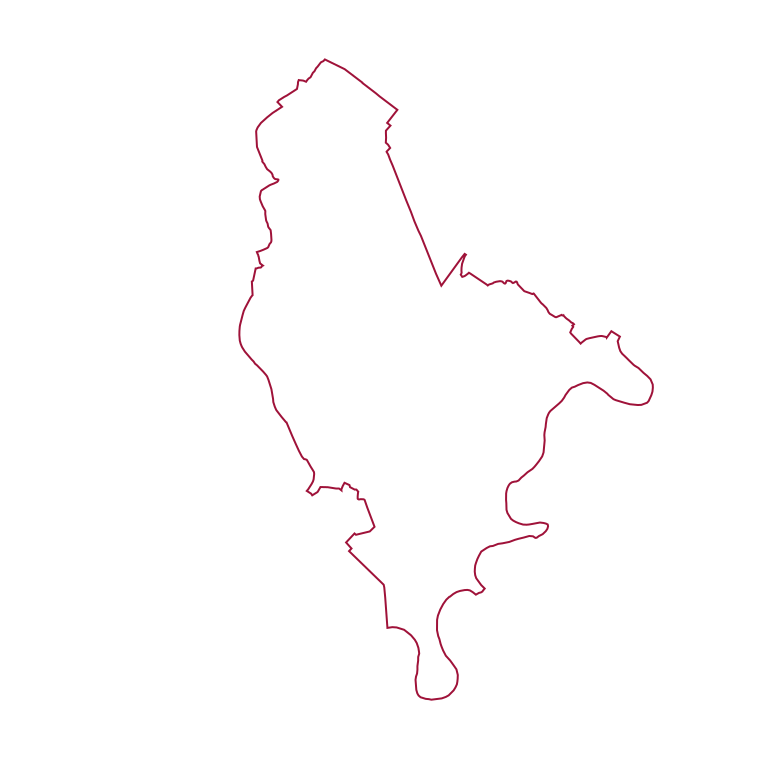 APA, Satu Mare, Romania, rotated 300°
{"feature_id": "2599482B68771602818343", "entity_name": "APA", "entity_type": "district", "adm_level": 2, "iso_a3": "ROU", "parent_name": "Romania", "parent_adm1": "Satu Mare", "projection": "albers", "projection_center": [23.208, 47.766], "detail": "fine", "context": "isolated", "style": "outline", "palette": "rose", "viewbox_px": 768, "rotation_deg": 300, "n_neighbors": 0, "source": "geoboundaries", "source_scale": "gbopen_adm2", "svg_char_len": 6142}
<svg xmlns="http://www.w3.org/2000/svg" viewBox="0 0 768 768"><g transform="rotate(300 384 384)"><path d="M543.0,564.6L543.4,554.5L535.5,553.7L535.9,553.3L535.0,550.2L534.5,548.7L533.6,547.2L532.2,545.4L526.3,538.9L524.4,537.0L523.5,536.4L518.5,534.4L517.3,534.1L518.0,532.0L521.2,520.7L521.8,519.5L525.5,519.1L528.1,519.3L528.7,517.9L530.7,518.7L531.0,517.9L531.1,516.7L530.9,515.6L531.6,512.5L531.9,509.3L532.3,507.6L532.9,505.6L533.2,505.2L532.9,505.1L532.5,504.0L532.5,503.7L532.7,503.3L528.1,499.9L527.8,499.5L527.6,498.5L527.7,494.9L527.7,492.4L528.6,490.3L529.7,488.9L531.0,486.6L532.4,481.4L532.5,480.4L532.9,479.1L537.2,468.5L537.1,468.1L536.2,467.7L536.0,467.3L535.6,464.6L534.6,459.4L534.6,458.8L537.1,450.3L537.8,449.2L538.4,448.7L538.9,447.7L538.8,447.3L538.6,446.9L536.9,446.0L535.9,445.2L535.9,444.3L536.2,443.2L536.3,442.5L535.8,440.4L535.5,439.8L535.1,439.1L534.4,438.6L532.2,438.9L531.7,438.8L531.4,438.5L531.3,438.1L531.3,437.3L531.8,435.6L531.8,435.0L531.4,433.8L531.1,433.1L530.4,432.2L528.6,430.0L526.7,428.3L525.6,427.9L524.8,427.2L523.0,425.5L522.3,425.0L521.2,424.6L521.4,423.7L521.5,422.7L522.8,403.5L522.8,401.9L521.5,401.5L518.4,400.2L517.2,399.4L515.9,398.2L517.1,395.8L518.1,395.8L519.3,395.5L520.7,394.5L523.5,393.0L527.2,391.5L533.6,390.3L535.3,390.1L536.9,390.3L537.0,388.8L532.3,388.1L497.8,384.5L505.5,373.9L530.7,342.0L534.0,337.1L540.1,329.0L546.6,321.2L554.0,311.6L577.4,282.4L581.2,277.3L584.9,272.8L586.4,270.1L586.7,270.1L591.5,271.3L592.6,269.2L593.3,267.8L593.9,264.9L598.3,262.7L602.4,260.1L604.4,259.0L611.0,260.4L611.7,256.2L628.1,258.5L630.9,236.2L631.7,231.7L633.9,214.8L634.2,214.6L637.0,192.5L635.5,170.5L633.4,170.1L631.2,168.6L630.2,168.4L625.6,167.8L623.5,167.3L620.1,167.4L617.9,166.8L613.2,167.0L612.7,166.9L610.9,166.0L609.1,165.6L606.8,165.4L606.4,162.5L606.1,161.7L604.8,158.8L604.6,158.2L602.4,158.6L600.5,159.6L596.0,161.1L585.4,155.7L582.5,153.9L577.1,151.1L575.9,150.9L575.4,151.0L574.9,150.8L573.1,157.1L563.0,152.0L556.6,149.5L548.6,146.9L543.1,146.3L540.1,146.6L538.8,147.0L526.2,155.2L525.6,155.7L516.7,167.0L516.0,167.2L515.7,167.5L514.6,170.5L513.0,172.8L511.6,175.4L511.1,178.9L510.6,180.9L509.6,182.7L508.2,183.9L507.4,185.5L507.1,186.6L507.1,187.4L508.1,189.7L508.2,190.3L508.0,190.5L507.2,190.7L506.4,190.6L505.7,190.5L502.7,188.5L500.0,186.3L498.7,185.4L490.6,181.2L489.5,181.0L484.2,182.6L481.9,184.2L480.3,186.1L477.2,190.2L475.0,194.0L474.5,194.7L471.8,196.2L466.9,200.0L466.1,200.9L465.0,202.6L464.5,203.2L462.9,204.5L462.2,205.2L461.7,206.1L460.6,208.8L460.4,209.0L457.6,211.1L452.5,214.5L451.2,215.1L450.2,215.3L448.0,214.9L444.6,215.3L443.6,215.0L442.7,214.4L439.8,212.3L437.3,210.3L434.7,207.9L433.5,209.4L433.1,210.2L432.4,210.9L432.1,211.1L431.6,211.8L428.3,214.6L426.5,216.4L426.0,219.9L425.1,219.3L423.8,219.3L423.2,219.0L422.0,217.2L420.3,215.8L419.9,215.1L408.2,218.9L407.4,218.7L406.7,218.3L395.2,225.8L394.0,225.5L391.9,225.3L380.9,225.7L377.2,226.0L373.2,227.0L363.2,229.8L361.6,230.4L357.6,232.3L354.0,234.3L349.5,237.4L347.2,239.7L345.7,241.6L344.8,242.9L342.5,247.3L339.0,257.2L338.3,259.8L337.1,262.2L336.7,264.7L336.3,266.1L334.3,273.2L332.9,277.2L332.1,279.0L329.8,281.9L323.2,289.1L315.6,295.4L313.0,297.2L309.8,300.7L308.1,303.0L307.5,303.9L304.3,311.7L301.9,318.3L302.0,318.8L293.1,330.5L288.0,337.5L283.6,343.7L280.1,349.2L279.1,352.0L279.0,352.3L279.5,353.6L279.7,354.8L279.6,355.3L275.8,361.7L274.0,365.1L272.7,367.4L271.2,368.5L266.3,370.7L264.1,371.2L261.1,371.3L254.9,371.0L252.8,370.6L252.6,375.7L251.7,377.5L257.1,380.4L257.8,380.5L263.0,380.5L266.5,386.9L269.4,394.5L270.9,397.2L271.0,397.5L270.6,400.3L271.3,399.8L274.9,399.3L278.7,399.2L279.2,404.6L277.7,406.2L277.9,411.4L278.7,412.6L278.7,413.1L277.8,415.6L277.0,415.8L273.7,417.3L271.6,418.5L271.4,418.8L271.4,419.6L271.5,420.1L272.4,421.1L273.1,422.3L273.9,423.9L274.0,424.3L273.9,425.2L268.7,431.2L255.6,447.2L249.2,445.4L239.4,435.1L239.8,433.2L227.8,430.4L225.3,438.1L221.8,437.3L210.0,484.1L207.9,486.0L199.7,491.8L174.5,508.9L177.6,512.8L179.5,516.7L181.2,524.3L179.9,533.1L177.9,538.6L176.0,541.9L172.7,545.7L169.6,548.2L168.1,549.3L164.7,550.1L161.5,551.9L156.4,554.0L153.3,555.8L149.8,557.4L146.7,558.0L143.6,559.2L135.3,564.9L132.7,567.6L131.5,569.7L131.0,572.3L132.2,577.6L133.5,580.4L134.3,582.9L140.6,591.2L143.9,594.0L146.7,595.7L153.5,597.5L156.9,597.6L160.3,597.3L162.8,596.4L165.5,595.2L168.9,593.4L173.1,589.4L175.4,584.5L177.6,579.6L179.6,573.4L182.8,568.4L185.3,565.2L187.2,563.0L190.8,559.5L192.8,557.0L197.3,553.0L206.3,547.9L210.4,546.5L216.8,545.5L223.1,545.3L228.4,545.8L232.4,547.0L232.7,547.4L236.8,549.0L240.1,550.9L242.8,553.3L245.8,556.8L247.4,559.2L248.2,561.6L248.1,565.0L247.5,568.9L250.6,570.7L252.0,572.2L253.5,573.0L254.4,573.0L257.2,573.5L258.5,568.6L261.9,561.0L264.0,558.6L266.9,556.4L269.6,555.0L272.5,553.7L275.1,553.1L279.0,552.4L282.7,552.1L287.5,552.0L293.3,554.9L296.4,556.9L298.2,559.3L302.6,562.8L305.3,566.3L309.9,571.5L314.5,575.3L317.2,577.9L320.9,581.8L325.0,585.8L326.6,589.2L326.4,592.0L327.2,593.1L329.8,594.2L333.3,596.5L337.4,597.7L340.3,597.9L342.9,597.2L344.2,596.0L344.1,594.1L343.4,591.6L342.0,588.3L337.2,582.7L334.8,579.8L333.4,577.8L331.8,574.7L330.8,570.4L330.4,567.3L330.3,564.2L330.7,561.4L334.0,555.4L336.3,553.0L342.0,549.5L344.6,547.7L350.3,544.5L352.7,543.6L355.7,542.9L358.5,542.7L360.6,542.9L362.8,543.9L364.5,545.6L365.8,547.4L367.7,548.8L371.6,549.7L374.6,550.9L379.3,552.4L384.7,555.0L387.5,555.7L389.8,556.1L394.6,556.8L400.4,557.2L404.5,556.4L415.4,551.4L419.9,548.4L422.5,547.2L427.5,545.5L430.5,544.1L435.8,542.0L439.7,541.4L441.7,541.3L443.2,541.5L443.9,541.6L454.8,545.4L458.3,546.4L462.3,546.8L465.2,546.7L471.5,547.4L474.8,548.5L477.1,550.6L480.1,552.6L484.3,556.0L487.0,559.3L488.3,562.5L488.5,566.6L488.0,577.5L487.2,582.4L486.7,583.7L485.6,590.3L485.9,592.8L487.9,601.3L489.4,607.0L492.7,614.3L494.6,617.3L499.3,621.2L501.6,621.7L508.0,621.1L511.6,620.3L515.2,618.7L517.9,617.0L521.3,612.5L522.6,607.9L523.4,603.2L525.1,596.4L525.2,591.9L525.4,590.5L527.1,583.8L527.8,581.3L529.3,575.1L530.6,572.3L533.0,569.5L537.9,565.0L543.0,564.6Z" fill="none" stroke="#9f1239" stroke-width="2"/></g></svg>